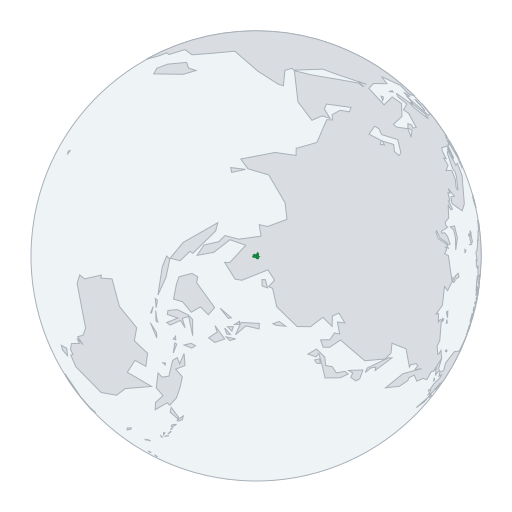 globe centered on Khon Kaen, rotated 97°
{"feature_id": "THA-438", "entity_name": "Khon Kaen", "entity_type": "Province", "adm_level": 1, "iso_a3": "THA", "parent_name": "Thailand", "parent_adm1": "", "projection": "orthographic", "projection_center": [102.567, 16.348], "detail": "fine", "context": "on_globe", "style": "filled", "palette": "green", "viewbox_px": 512, "rotation_deg": 97, "n_neighbors": 0, "source": "natural_earth", "source_scale": "10m", "svg_char_len": 11297}
<svg xmlns="http://www.w3.org/2000/svg" viewBox="0 0 512 512"><g transform="rotate(97 256 256)"><circle cx="256" cy="256" r="225" fill="#eef3f6" stroke="#a8b0b8"/><path d="M467.3,329.1L466.9,330.5L466.8,330.8L467.3,329.1ZM356.6,54.5L358.8,56.4L367.2,61.6L359.6,57.6L380.4,71.3L387.0,78.5L375.1,67.8L370.4,65.0L372.6,68.2L368.3,66.1L366.8,66.7L361.5,64.1L354.9,58.8L351.3,57.3L353.1,59.8L348.8,59.3L346.8,55.8L339.1,54.8L326.7,47.4L325.6,42.6L314.2,38.8L307.4,36.7L324.3,41.3L340.7,47.3L356.6,54.5ZM374.2,66.2L372.5,64.5L375.6,67.0L374.2,66.2ZM367.6,67.3L369.4,68.6L367.9,68.4L367.6,67.3ZM358.3,64.5L355.2,64.2L357.2,63.5L358.3,64.5ZM352.7,63.4L345.5,63.4L349.0,65.9L334.9,59.2L345.8,61.1L347.6,59.7L349.3,61.7L352.7,63.4ZM305.1,36.1L305.5,36.2L299.4,34.9L303.7,36.0L295.6,34.5L291.5,33.6L292.3,33.7L288.6,33.2L287.8,33.0L305.1,36.1ZM328.3,55.8L325.6,55.3L327.2,54.9L328.3,55.8ZM283.6,32.4L284.2,32.5L277.5,31.8L279.2,31.9L279.3,31.9L283.6,32.4ZM308.7,37.2L308.5,37.5L301.9,36.3L301.0,36.3L295.5,34.6L308.7,37.2ZM277.0,31.7L274.1,31.5L270.2,31.2L272.6,31.3L277.0,31.7ZM287.3,32.9L287.6,33.1L285.3,32.7L287.3,32.9ZM259.7,30.7L259.8,30.8L259.4,30.7L259.7,30.7ZM273.2,31.5L274.6,31.6L275.4,31.7L272.7,31.6L273.2,31.5ZM291.3,34.0L288.6,33.6L293.1,34.6L288.4,34.1L285.6,33.2L284.8,33.4L283.4,33.3L282.8,32.7L291.3,34.0ZM272.6,31.9L267.4,31.2L259.6,30.9L258.5,30.8L271.2,31.3L272.6,31.9ZM278.6,32.4L274.6,32.0L275.2,31.8L278.3,32.0L278.6,32.4ZM286.2,34.3L294.2,35.2L294.5,35.5L286.2,34.3ZM270.2,31.8L271.5,32.0L269.5,31.8L270.2,31.8ZM281.1,33.4L283.9,33.7L284.2,33.9L281.1,33.4ZM271.7,32.5L270.1,32.1L272.1,32.1L271.7,32.5ZM275.9,32.9L275.7,33.2L273.9,32.3L277.1,33.0L275.9,32.9ZM281.0,33.6L282.0,33.8L279.7,33.5L281.0,33.6ZM264.8,33.0L262.1,32.0L266.6,31.8L268.7,32.8L264.8,33.0ZM77.3,118.8L77.2,122.2L75.9,124.9L68.9,133.7L62.7,153.3L69.0,147.1L70.5,160.4L75.9,164.4L90.4,147.3L81.5,140.2L87.0,130.1L99.7,128.1L108.5,135.7L110.9,132.1L111.2,120.7L119.2,116.5L112.0,116.5L110.5,120.9L106.0,121.3L107.1,117.4L109.9,115.9L108.9,112.6L95.8,121.9L92.9,127.4L86.7,124.8L81.2,133.9L77.4,136.5L85.3,122.1L89.1,117.9L98.8,101.6L94.2,105.6L84.8,121.6L85.0,119.4L78.8,126.0L83.8,119.3L95.3,101.9L93.7,100.7L84.2,110.3L99.9,93.5L98.8,94.8L104.0,90.0L113.9,81.3L111.7,83.5L115.2,80.7L114.3,82.2L122.0,77.9L122.5,79.2L134.0,72.1L135.8,72.0L128.5,76.1L123.7,80.0L125.9,84.7L128.9,84.0L136.2,79.2L135.9,81.6L142.6,76.4L148.1,77.8L147.1,72.2L155.6,67.5L163.6,65.8L166.2,63.6L153.3,66.5L148.3,68.7L144.3,72.1L130.6,78.6L128.0,78.4L141.6,68.6L139.4,67.5L151.1,61.3L178.8,55.6L186.0,56.9L180.1,67.9L173.5,69.7L172.4,66.4L165.6,73.5L169.9,71.0L169.7,73.2L177.8,70.3L178.0,71.8L185.4,66.7L186.5,68.2L181.8,71.5L194.8,69.4L199.5,72.4L202.4,71.3L204.1,69.3L208.9,75.0L210.8,74.0L209.9,71.7L213.1,68.3L220.6,64.8L221.8,67.0L219.3,68.5L215.9,75.4L209.0,79.8L210.3,80.4L216.6,77.2L220.7,68.6L224.9,66.0L223.9,69.8L224.5,68.2L227.0,67.6L230.6,69.2L232.2,65.1L257.5,58.3L267.0,61.6L263.3,65.2L282.3,65.0L291.6,70.2L290.8,67.8L299.3,67.0L296.6,65.3L296.8,64.2L317.5,63.3L323.4,65.3L331.4,63.6L330.9,62.6L327.1,60.9L334.9,59.2L349.0,65.9L349.2,67.8L357.9,71.4L357.2,75.5L360.6,81.1L354.9,84.5L358.1,89.2L361.1,90.1L367.8,97.7L371.0,111.3L355.0,95.9L347.6,77.9L349.5,84.5L345.1,82.0L343.3,83.9L345.0,89.1L347.6,90.2L329.9,95.7L326.0,110.4L335.9,110.2L342.5,115.4L346.7,135.3L329.1,161.9L337.6,171.8L338.3,178.2L331.4,181.7L330.1,172.4L322.8,168.8L323.2,163.4L311.6,167.1L311.6,159.6L302.6,166.7L306.3,172.9L316.6,171.9L308.7,182.1L319.5,193.3L321.0,206.6L303.9,229.2L286.0,235.6L284.9,239.8L277.7,234.6L268.3,242.5L281.8,267.1L281.5,274.0L266.1,286.3L265.7,281.2L246.6,267.5L243.0,283.8L257.5,298.3L262.5,314.5L251.4,308.9L246.3,294.6L239.5,289.3L241.4,275.1L235.7,253.4L224.5,256.6L225.3,248.0L215.8,229.7L199.7,233.6L174.0,253.2L170.4,274.7L161.6,282.9L150.9,249.7L151.3,228.5L144.2,229.2L135.9,209.4L112.1,202.4L111.6,196.5L106.5,197.7L101.1,190.2L101.5,180.8L96.9,179.8L96.6,204.6L101.9,206.0L110.3,199.2L108.9,207.6L114.5,217.0L97.9,233.1L67.4,240.5L69.4,224.0L71.8,175.3L74.4,171.1L74.7,170.5L75.0,169.5L70.1,176.1L72.2,167.1L65.6,199.2L62.4,212.3L66.9,241.3L65.3,243.2L68.2,249.9L83.7,249.6L82.7,254.9L72.4,276.5L55.3,302.0L60.4,325.5L64.1,344.1L59.8,351.7L66.6,366.9L65.3,369.4L69.5,377.5L72.1,384.1L74.1,388.7L73.0,387.4L64.1,374.1L56.3,360.2L49.4,345.8L43.5,330.9L38.8,315.6L35.1,300.1L32.5,284.3L31.1,268.4L30.7,252.4L31.6,236.4L33.5,220.6L36.6,204.9L40.8,189.5L46.0,174.4L52.3,159.7L59.7,145.5L68.0,131.8L77.3,118.8ZM112.7,154.1L121.3,158.7L126.2,145.6L129.9,146.5L130.2,142.0L126.5,144.6L128.5,132.9L135.4,131.4L138.8,126.4L136.1,124.7L123.2,129.5L120.2,146.0L114.5,149.7L112.7,154.1ZM129.2,69.8L133.1,67.2L135.1,66.2L131.9,68.4L128.0,70.9L127.4,71.0L129.2,69.8ZM128.4,71.2L142.1,62.4L143.0,62.6L140.2,63.8L139.4,64.8L134.6,67.2L122.1,76.7L117.8,79.7L119.0,77.2L121.0,76.1L123.9,73.7L128.4,71.2ZM175.6,45.6L181.6,43.4L175.9,46.3L171.0,48.1L170.0,47.9L175.3,45.7L175.6,45.6ZM268.6,31.1L268.2,31.0L265.2,30.9L265.3,30.9L268.6,31.1ZM262.0,30.8L261.4,30.8L261.2,30.8L262.0,30.8ZM230.0,32.2L237.8,31.7L247.6,31.1L250.7,31.2L246.9,31.4L252.6,31.4L247.6,32.1L249.7,32.3L246.8,33.5L238.2,34.4L241.3,34.6L239.2,36.0L232.2,37.1L234.2,35.8L225.0,38.3L223.6,37.2L222.7,37.5L218.8,37.4L212.5,38.0L212.9,37.4L210.3,38.0L207.7,38.1L204.3,38.8L203.7,38.2L199.4,39.1L201.6,38.3L194.4,40.2L199.6,38.6L196.7,39.1L193.2,40.4L196.3,38.8L213.0,34.9L230.0,32.2ZM263.8,33.3L253.9,33.9L248.2,33.8L255.6,31.8L254.4,31.5L258.9,31.0L267.0,31.3L265.0,31.4L264.9,31.6L262.4,31.4L264.3,31.7L261.6,31.9L262.3,32.4L258.9,32.3L263.8,33.3ZM78.8,122.5L78.6,123.8L79.3,124.8L75.4,129.3L78.8,122.5ZM86.4,110.6L86.8,110.8L81.6,117.0L81.8,115.9L86.4,110.6ZM91.5,106.0L87.2,110.3L89.7,107.3L91.5,106.0ZM129.4,76.2L130.4,76.4L128.8,77.7L126.1,79.1L129.4,76.2ZM204.8,46.7L206.8,45.3L208.2,45.3L215.6,42.9L217.2,43.9L213.4,45.7L204.8,46.7ZM86.3,149.2L82.1,151.5L82.5,149.2L83.8,148.8L86.3,149.2ZM76.5,139.8L76.6,144.2L75.4,141.0L76.5,139.8ZM207.8,47.4L210.6,46.2L209.7,47.5L207.8,47.4ZM218.8,44.6L218.4,45.9L218.2,43.8L218.8,44.6ZM173.5,453.1L178.2,455.6L175.0,455.1L173.5,453.1ZM84.5,350.4L87.7,379.7L81.8,377.3L76.4,367.2L72.3,348.5L77.7,345.8L79.2,338.1L84.5,350.4ZM318.7,351.9L325.3,352.7L325.1,353.7L318.7,351.9ZM311.9,348.5L319.5,348.8L310.5,350.7L311.9,348.5ZM322.4,348.9L330.2,346.9L333.5,345.3L332.9,347.3L322.4,348.9ZM306.7,348.6L278.2,347.7L266.9,344.7L269.6,341.2L287.9,342.7L306.7,348.6ZM268.7,341.0L251.4,329.9L227.6,298.0L236.1,299.1L261.0,319.0L259.4,322.1L269.9,330.7L268.7,341.0ZM310.5,323.1L308.8,332.6L293.1,331.5L286.0,329.8L281.1,317.4L283.8,311.3L289.7,311.7L312.2,290.8L320.1,296.1L313.2,305.0L319.7,313.4L310.5,323.1ZM171.3,276.9L176.0,290.4L171.3,291.9L171.3,276.9ZM321.2,276.0L312.2,285.2L320.4,272.9L321.2,276.0ZM325.9,264.2L326.6,269.0L322.8,264.4L325.9,264.2ZM284.9,246.3L278.7,247.2L278.4,243.8L286.2,240.7L284.9,246.3ZM322.1,217.9L322.3,227.7L321.2,231.0L318.2,225.0L322.1,217.9ZM225.7,58.5L213.6,60.2L206.0,63.0L203.4,66.7L201.9,62.7L213.6,58.3L225.7,58.5ZM253.4,57.9L255.7,55.3L258.2,56.4L258.0,57.2L253.4,57.9ZM252.3,56.3L248.5,53.3L252.0,51.9L254.3,54.5L252.3,56.3ZM227.7,49.1L224.0,49.4L224.9,48.3L227.7,49.1ZM415.4,414.4L415.5,414.9L409.1,421.0L401.4,427.8L396.2,431.2L415.4,414.4ZM368.4,438.3L370.7,432.6L378.0,430.9L372.8,436.5L368.4,438.3ZM420.6,409.2L426.4,402.7L431.0,395.8L427.4,401.7L428.9,400.4L416.6,413.9L420.6,409.2ZM348.4,416.3L305.1,430.2L296.2,428.7L299.6,423.4L293.8,407.1L296.8,407.4L296.3,396.1L322.6,385.5L341.7,365.7L355.0,366.4L365.8,351.7L379.0,351.9L374.3,363.3L387.1,369.6L398.2,343.8L403.5,369.5L411.2,377.5L410.4,393.0L387.8,421.4L377.0,427.7L376.0,425.7L371.3,428.7L365.4,428.5L364.3,420.6L359.6,423.6L365.1,416.9L357.8,423.1L355.7,418.0L348.4,416.3ZM441.8,358.8L443.1,359.0L444.4,362.8L442.4,362.7L441.8,358.8ZM463.8,336.1L463.7,337.9L462.6,339.2L463.8,336.1ZM466.8,330.8L465.5,332.6L467.3,329.1L466.8,330.8ZM451.8,341.3L452.2,342.7L451.6,343.5L451.8,341.3ZM451.3,340.9L452.5,338.0L452.0,340.7L451.3,340.9ZM445.9,328.5L447.0,326.9L447.3,327.9L445.9,328.5ZM335.1,352.7L344.4,345.3L349.4,344.5L335.1,352.7ZM444.8,325.9L442.4,326.2L442.8,324.7L444.8,325.9ZM445.2,322.5L445.1,320.5L446.2,325.0L445.2,322.5ZM440.8,318.9L443.6,321.9L440.4,319.4L440.8,318.9ZM439.0,319.7L436.8,318.5L437.0,317.9L439.0,319.7ZM412.5,326.3L420.9,337.3L413.8,337.9L405.9,331.3L399.1,338.9L384.0,339.0L387.7,334.4L385.8,327.8L369.8,326.0L366.5,321.8L372.4,318.6L361.6,315.5L373.4,313.1L378.1,321.9L384.8,314.4L395.9,315.4L406.4,317.6L414.6,323.4L412.5,326.3ZM373.2,332.9L375.2,332.8L373.3,335.5L373.2,332.9ZM432.7,314.3L435.8,318.1L435.4,319.3L433.8,318.9L432.7,314.3ZM416.6,321.7L425.5,313.2L427.5,313.1L421.5,322.2L416.6,321.7ZM423.5,308.6L427.5,309.2L429.5,313.1L428.6,314.4L423.5,308.6ZM349.0,325.4L348.5,328.0L345.4,326.1L349.0,325.4ZM353.1,323.9L362.4,326.3L352.2,326.0L353.1,323.9ZM324.2,315.5L327.0,321.5L335.9,317.6L329.1,323.1L335.0,332.8L332.9,336.5L327.1,326.0L324.8,336.9L320.8,336.7L318.8,327.4L322.8,316.0L326.8,311.2L342.8,309.1L324.2,315.5ZM353.1,316.6L350.6,309.7L352.4,305.1L355.2,308.6L353.1,316.6ZM343.0,293.1L336.1,285.2L330.1,288.3L342.2,276.9L346.8,286.4L343.0,293.1ZM336.9,275.5L331.3,278.3L337.0,271.8L336.9,275.5ZM329.7,275.6L328.9,270.0L333.5,270.8L329.7,275.6ZM339.9,275.7L340.7,266.2L343.2,271.8L339.9,275.7ZM326.6,257.5L336.6,266.7L323.8,262.8L322.5,244.5L328.0,244.1L326.6,257.5ZM352.1,185.2L350.3,180.3L355.0,179.1L354.9,182.8L352.1,185.2ZM368.6,172.6L355.7,177.3L345.0,181.8L348.7,184.0L347.0,192.5L341.0,184.6L347.9,175.4L356.2,173.6L356.6,166.7L362.2,162.1L359.7,153.7L361.9,150.2L366.6,157.5L368.6,172.6ZM358.3,150.3L356.1,136.0L365.3,138.1L367.8,141.6L365.0,147.1L360.3,145.7L358.3,150.3ZM358.3,133.3L353.7,132.0L340.9,112.1L340.5,108.6L355.1,123.8L351.6,123.5L353.1,128.3L358.3,133.3ZM326.9,56.4L325.7,55.4L328.2,56.3L326.9,56.4ZM295.1,63.3L295.8,62.0L298.7,62.9L295.1,63.3ZM299.5,58.9L295.7,58.8L299.2,58.0L299.5,58.9ZM287.3,58.9L294.0,58.3L288.4,60.2L287.3,58.9Z" fill="#d9dde1" stroke="#a8b0b8" stroke-width="1"/><path d="M253.8,254.0L254.0,254.0L254.1,253.9L254.3,253.9L254.5,254.0L254.7,253.9L254.8,253.9L255.0,253.9L255.0,254.0L255.3,254.2L255.4,254.3L255.5,254.3L255.6,254.2L255.8,254.2L255.8,254.3L256.0,254.4L256.2,254.1L256.4,253.7L256.5,253.4L256.5,253.2L256.6,253.3L256.8,253.4L256.9,253.5L257.0,253.5L257.0,253.8L257.3,253.9L257.3,254.0L257.5,254.1L258.1,253.8L258.1,254.0L258.3,254.0L258.3,254.3L258.3,254.5L258.2,254.8L258.2,255.0L258.0,255.3L257.9,255.4L257.7,255.5L257.4,255.6L257.5,255.7L257.5,255.8L257.4,255.9L257.3,256.0L257.2,256.2L257.1,256.3L257.1,256.5L257.1,256.8L257.1,257.0L257.3,257.3L257.3,257.5L257.4,257.9L257.4,258.0L257.3,258.3L257.2,258.3L257.2,258.6L257.2,258.8L256.9,258.9L256.7,258.7L256.4,258.5L256.2,258.5L255.8,258.5L255.7,258.5L255.4,258.6L255.3,258.4L255.2,258.3L255.2,258.2L255.1,257.9L255.2,257.7L255.3,257.7L255.3,257.4L255.2,257.3L255.0,257.2L254.9,257.2L255.0,257.0L255.1,256.9L255.2,256.7L255.3,256.6L255.4,256.4L255.4,256.2L255.5,256.1L255.6,255.9L255.5,255.7L255.4,255.7L255.2,255.6L254.9,255.6L254.8,255.4L254.7,255.4L254.2,255.4L254.0,255.2L253.9,255.2L253.7,254.9L253.3,254.8L253.2,254.8L252.9,254.7L253.0,254.6L253.1,254.4L253.4,254.2L253.6,254.1L253.8,254.0L253.8,254.0Z" fill="#22c55e" stroke="#15803d" stroke-width="1.5"/></g></svg>